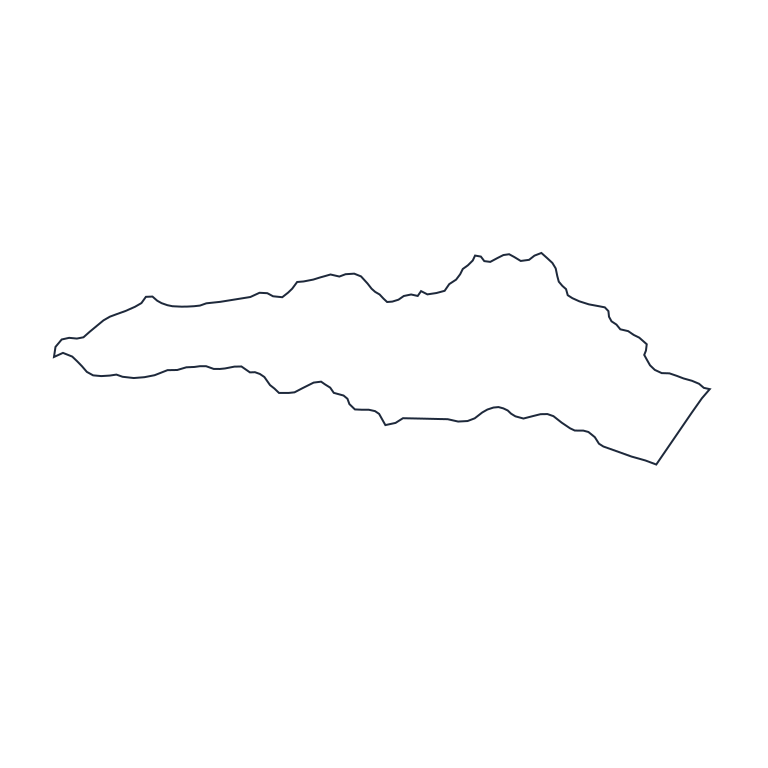 the district of Glicério, São Paulo, Brazil, rotated 259°
{"feature_id": "56859067B70399373262366", "entity_name": "Glicério", "entity_type": "district", "adm_level": 2, "iso_a3": "BRA", "parent_name": "Brazil", "parent_adm1": "São Paulo", "projection": "robinson", "projection_center": [-50.191, -21.317], "detail": "fine", "context": "isolated", "style": "outline", "palette": "slate", "viewbox_px": 768, "rotation_deg": 259, "n_neighbors": 0, "source": "geoboundaries", "source_scale": "gbopen_adm2", "svg_char_len": 2495}
<svg xmlns="http://www.w3.org/2000/svg" viewBox="0 0 768 768"><g transform="rotate(259 384 384)"><path d="M316.8,702.8L319.2,697.2L324.1,693.3L328.4,686.9L332.3,679.1L336.1,673.0L340.0,666.2L341.7,658.7L346.2,652.5L351.6,648.7L357.9,646.6L362.9,645.0L366.8,647.5L372.9,649.5L380.8,643.4L384.6,638.4L389.3,633.8L392.6,626.4L398.0,623.5L402.1,619.3L407.1,617.7L412.7,618.2L417.1,615.4L419.2,610.2L423.1,600.3L427.9,591.5L432.3,585.3L436.1,581.3L442.4,580.8L446.3,577.8L451.1,575.1L456.8,574.7L464.7,574.6L470.7,572.4L476.3,568.3L482.6,563.5L481.3,556.2L478.2,550.1L478.7,541.7L483.8,536.1L487.5,531.6L487.8,525.8L486.0,519.4L483.6,511.6L485.5,505.9L490.6,503.4L492.7,497.9L488.3,494.7L484.5,489.0L481.9,483.3L477.2,479.7L472.7,474.7L469.6,467.1L463.9,461.3L463.3,452.8L463.7,443.7L468.1,438.1L464.0,433.9L466.7,427.7L466.6,420.2L464.0,414.3L463.3,407.9L463.9,402.7L467.9,399.8L472.7,396.8L476.1,392.9L479.9,390.0L485.8,387.0L494.0,382.0L498.0,375.8L499.1,367.2L498.0,360.7L501.7,352.4L501.2,346.8L500.8,341.7L500.0,334.5L500.0,324.7L500.7,318.2L495.1,312.1L492.0,307.3L488.6,300.7L491.3,291.8L495.4,286.8L497.3,279.2L494.9,269.4L495.9,238.9L497.1,225.0L496.1,218.3L496.6,212.4L497.6,205.2L498.6,199.8L500.7,191.2L502.7,186.4L505.8,181.1L509.0,177.3L514.0,173.4L515.0,166.9L509.7,161.3L507.3,154.3L505.0,144.2L503.6,135.1L502.4,127.8L500.0,120.8L495.6,112.7L491.5,105.2L487.2,97.9L487.2,91.2L489.4,83.7L489.2,76.1L483.1,68.6L473.5,65.2L475.8,74.8L470.4,83.2L464.9,87.1L459.1,90.9L452.6,94.6L448.0,100.1L445.7,108.0L444.6,116.4L444.3,123.1L441.0,128.7L437.6,139.5L436.4,150.1L436.4,160.5L438.9,174.1L437.2,183.7L438.1,193.2L436.9,201.2L436.6,206.8L435.4,212.8L431.3,219.7L430.1,225.6L429.6,230.8L429.6,240.4L428.4,247.4L421.0,254.6L420.2,259.6L417.5,264.1L413.7,267.9L404.7,271.9L400.4,275.6L395.3,279.2L393.4,288.9L392.9,294.6L395.4,303.0L398.8,315.2L398.3,322.7L394.8,326.1L390.7,330.5L384.9,333.0L380.4,342.1L376.5,345.3L370.9,346.2L364.6,350.6L363.0,357.2L361.7,364.0L359.1,370.0L355.6,373.5L343.4,377.5L343.6,387.9L346.8,396.1L342.6,415.5L339.0,431.9L337.3,439.8L333.0,449.6L331.7,459.0L333.0,466.5L337.3,475.0L339.2,480.6L340.0,486.9L339.5,492.0L337.3,496.5L334.4,500.4L330.6,503.1L327.2,506.8L323.5,514.3L324.1,524.3L324.5,531.9L323.3,538.7L320.1,544.2L312.2,551.0L305.0,558.2L301.9,562.4L300.2,570.8L297.9,575.5L291.6,580.8L284.4,583.6L280.8,587.4L265.5,613.2L262.1,620.0L259.0,626.1L253.0,635.9L297.0,680.5L309.3,693.3L316.8,702.8Z" fill="none" stroke="#1e293b" stroke-width="2"/></g></svg>